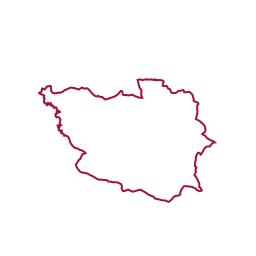 outline of Padang Terap, Kedah, Malaysia, rotated 119°
{"feature_id": "92858781B11501652719987", "entity_name": "Padang Terap", "entity_type": "district", "adm_level": 2, "iso_a3": "MYS", "parent_name": "Malaysia", "parent_adm1": "Kedah", "projection": "orthographic", "projection_center": [100.684, 6.234], "detail": "fine", "context": "isolated", "style": "outline", "palette": "rose", "viewbox_px": 256, "rotation_deg": 119, "n_neighbors": 0, "source": "geoboundaries", "source_scale": "gbopen_adm2", "svg_char_len": 4612}
<svg xmlns="http://www.w3.org/2000/svg" viewBox="0 0 256 256"><g transform="rotate(119 128 128)"><path d="M128.8,216.0L129.2,216.9L129.5,217.2L130.2,217.7L130.6,218.2L130.6,218.7L131.6,219.0L132.2,219.3L132.9,219.2L133.7,219.3L134.5,219.5L134.7,219.8L134.5,220.7L135.1,221.0L135.3,221.5L135.2,222.2L135.8,222.1L136.3,221.8L136.9,221.8L137.3,221.6L138.1,221.3L138.8,221.4L139.3,221.8L139.7,222.4L140.1,222.8L140.7,222.4L140.7,221.5L140.6,220.9L140.7,220.0L140.5,219.4L140.1,218.4L140.2,217.7L140.3,216.8L141.1,216.6L142.2,216.6L142.5,216.1L142.7,215.1L143.6,215.0L144.4,214.9L145.0,214.6L145.7,214.2L146.5,213.4L146.7,212.4L146.3,211.9L146.2,211.4L146.5,210.4L147.2,210.4L147.3,209.8L146.8,209.6L146.1,209.5L145.3,209.4L145.1,209.5L145.1,210.0L144.7,210.1L144.6,209.2L145.2,208.2L145.5,207.5L145.3,207.3L144.4,207.8L143.7,207.6L144.1,206.7L144.7,206.4L145.6,206.0L145.7,205.6L145.1,205.0L144.8,204.1L145.2,203.6L145.8,203.2L146.2,202.9L146.2,202.3L145.6,201.7L145.1,201.4L144.8,201.0L145.0,200.4L145.3,200.0L145.9,199.6L146.5,199.3L146.8,198.7L146.8,198.3L146.7,197.4L146.7,196.8L146.9,196.0L147.0,195.3L148.0,195.8L148.1,196.6L148.3,197.4L148.6,198.1L149.4,197.8L150.0,197.2L150.7,197.7L151.2,198.1L151.6,197.7L152.2,197.4L152.8,197.0L153.3,196.1L153.3,195.6L152.9,195.3L152.4,194.8L152.2,193.7L152.2,193.1L152.6,192.5L153.1,192.1L153.2,191.3L153.9,190.9L154.6,190.7L155.2,190.6L156.0,190.5L156.4,190.3L157.0,190.0L157.4,189.5L157.6,189.0L157.8,188.3L158.0,187.9L158.7,188.7L159.0,189.5L159.5,190.1L160.0,190.8L160.5,190.4L160.8,189.9L161.2,189.6L161.1,189.3L160.4,188.9L160.5,188.3L161.3,188.2L161.8,188.2L162.6,188.0L163.3,187.8L163.6,187.3L163.2,186.8L163.1,186.2L163.4,185.8L163.2,185.4L162.6,185.0L162.4,184.6L163.1,184.3L164.3,184.4L164.8,184.1L164.7,183.1L164.4,182.4L164.7,181.2L165.7,179.9L164.7,179.0L164.7,176.2L165.5,174.6L166.6,173.5L168.0,172.1L169.4,170.3L170.8,167.1L171.2,164.5L170.4,162.3L170.6,160.2L170.0,157.4L170.0,155.0L170.6,153.0L173.2,155.2L175.0,155.0L178.5,154.8L179.9,155.6L182.7,155.6L185.3,155.8L186.9,154.2L188.1,152.0L189.3,149.2L189.3,146.5L188.1,143.9L187.5,141.1L187.5,137.9L187.3,135.3L187.5,129.2L183.9,121.3L184.3,119.1L183.3,117.1L182.7,114.7L181.1,111.9L180.5,109.5L180.5,106.8L181.9,105.0L184.1,104.2L185.7,101.8L184.3,100.0L181.9,98.2L181.5,93.1L179.5,90.9L177.5,89.1L175.9,87.1L175.9,81.6L176.3,78.4L176.1,75.2L175.7,72.0L176.7,70.3L175.5,66.7L174.8,63.3L173.4,60.5L173.0,56.8L171.4,55.8L168.6,55.0L165.4,54.4L163.2,52.0L162.5,51.0L160.7,50.0L159.1,51.0L156.5,51.4L151.7,50.8L150.7,49.0L149.8,46.9L148.8,44.3L148.4,42.5L148.2,40.1L148.8,37.5L148.6,34.8L147.0,33.2L145.2,35.4L145.2,36.9L142.0,38.7L140.6,40.7L139.2,42.5L137.5,45.5L136.9,47.1L133.3,47.3L132.1,48.6L129.3,49.0L128.9,51.0L126.0,52.4L122.2,53.6L120.0,54.8L115.6,54.8L115.2,53.0L116.0,51.6L114.6,51.2L108.9,51.2L106.1,50.2L105.1,48.6L104.1,47.3L102.7,47.3L99.8,46.7L98.6,45.1L98.2,47.3L98.6,49.2L98.6,51.8L98.4,54.2L97.4,56.6L97.4,58.2L97.4,60.1L94.0,58.8L92.6,59.0L90.4,60.7L89.6,61.1L88.9,62.3L88.2,64.4L87.4,67.3L87.2,69.6L87.2,72.0L87.2,73.1L84.8,73.6L81.6,74.5L79.4,75.6L78.0,76.6L76.4,77.5L74.7,78.4L72.8,78.0L72.1,78.9L72.1,80.5L72.5,82.6L72.1,84.1L70.8,84.5L70.4,84.9L67.6,87.9L66.9,90.4L66.7,92.2L68.1,93.9L69.5,96.0L68.0,97.9L71.4,102.0L73.3,102.6L74.5,103.8L75.4,105.4L76.0,106.4L75.6,108.0L73.7,110.0L74.1,111.7L73.8,112.5L72.7,113.9L72.6,114.8L73.8,116.6L74.2,117.6L73.7,118.5L71.0,119.1L70.0,119.4L69.8,121.2L69.9,121.9L70.4,122.8L70.6,123.5L71.1,124.2L71.4,124.6L71.6,125.6L72.4,126.2L72.8,126.6L73.1,127.2L73.0,127.6L72.4,128.0L73.0,128.7L73.6,129.2L73.9,129.7L74.0,130.4L74.2,131.1L74.6,131.8L75.1,132.5L76.2,134.3L76.5,135.1L76.5,135.7L77.0,136.1L77.7,137.1L78.5,137.9L79.2,138.6L79.3,139.4L79.3,140.0L79.5,140.6L79.7,141.0L80.4,142.0L81.3,142.9L87.2,137.4L87.9,135.7L88.2,134.8L88.6,134.5L89.5,134.2L90.2,133.6L90.8,133.3L91.6,133.2L93.4,131.7L94.7,130.2L96.2,133.4L96.7,137.7L96.8,140.5L98.1,141.9L99.2,143.3L99.6,144.0L99.9,145.4L100.8,146.8L101.4,147.9L100.8,149.3L100.1,149.8L99.1,150.4L98.7,151.3L99.1,152.3L101.1,152.7L103.3,153.1L104.7,153.7L106.7,154.8L113.1,160.6L114.2,162.1L114.0,163.5L113.5,164.9L113.5,166.0L114.3,167.0L114.4,169.6L114.8,169.5L115.3,170.1L116.0,172.0L115.6,174.4L115.3,175.8L114.9,176.8L114.5,178.1L114.0,179.1L113.6,180.3L113.1,181.9L113.2,183.5L114.1,184.2L114.7,185.0L114.9,186.6L114.9,187.7L115.4,188.2L116.6,188.8L117.9,189.4L118.6,191.5L119.2,194.6L120.4,197.7L125.9,201.8L127.7,202.6L129.5,203.8L130.7,205.8L131.9,207.2L133.3,209.0L133.7,210.8L132.9,213.2L131.3,214.0L129.7,215.1L128.8,216.0Z" fill="none" stroke="#9f1239" stroke-width="2"/></g></svg>